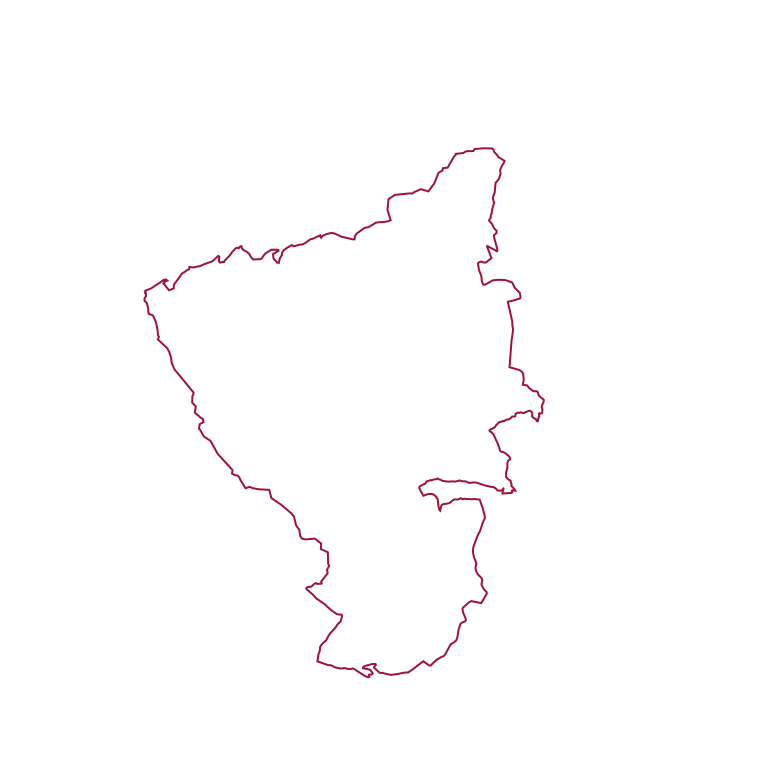 Hartiesti, Arges, Romania, rotated 45°
{"feature_id": "2599482B18059402589847", "entity_name": "Hartiesti", "entity_type": "district", "adm_level": 2, "iso_a3": "ROU", "parent_name": "Romania", "parent_adm1": "Arges", "projection": "albers", "projection_center": [25.135, 45.121], "detail": "fine", "context": "isolated", "style": "outline", "palette": "rose", "viewbox_px": 768, "rotation_deg": 45, "n_neighbors": 0, "source": "geoboundaries", "source_scale": "gbopen_adm2", "svg_char_len": 6165}
<svg xmlns="http://www.w3.org/2000/svg" viewBox="0 0 768 768"><g transform="rotate(45 384 384)"><path d="M616.1,550.2L616.1,542.4L617.4,537.1L618.7,533.8L618.4,531.7L615.2,520.9L616.2,517.0L616.3,514.0L615.3,511.7L610.2,504.6L607.7,499.6L607.8,497.7L609.3,494.2L608.4,492.5L601.5,489.6L598.5,487.6L598.0,486.7L598.5,478.2L599.2,475.8L607.7,470.2L605.0,459.6L603.7,458.6L599.7,458.5L595.3,457.2L594.4,456.5L592.2,453.2L590.7,452.3L584.4,452.2L581.2,451.1L578.8,449.4L575.8,445.3L569.4,442.5L565.2,439.5L562.9,436.7L561.4,433.9L557.3,424.9L555.8,419.9L552.0,412.4L550.2,407.7L549.2,406.5L541.2,401.8L533.4,398.1L529.7,401.0L527.0,404.0L524.4,406.1L523.7,407.1L522.4,407.8L520.7,410.1L519.0,410.4L517.8,413.5L515.3,416.0L514.8,418.2L514.5,421.8L512.5,425.0L510.8,427.1L510.4,429.3L513.2,433.9L512.3,433.9L509.2,432.1L503.2,427.3L501.5,427.3L500.6,426.7L497.4,427.1L495.6,427.8L492.8,431.0L490.9,435.2L482.7,432.8L481.8,432.0L481.8,430.6L482.4,428.1L483.7,425.3L483.0,422.7L484.0,421.2L484.8,419.1L485.5,418.8L486.7,416.3L488.3,414.4L488.6,413.0L489.8,412.9L491.3,411.9L494.1,411.0L498.6,407.5L501.2,404.5L503.4,402.6L505.7,398.7L508.3,397.3L510.4,395.3L512.0,394.5L513.9,394.0L516.2,391.1L519.0,388.4L526.6,384.6L532.0,381.3L534.1,379.6L536.8,378.9L539.6,379.0L541.6,377.4L542.5,375.6L542.4,373.6L542.7,373.7L544.5,377.0L545.2,377.7L550.6,371.5L551.3,370.2L550.0,369.2L549.9,368.5L552.3,366.6L550.3,366.1L546.1,366.0L544.9,364.5L543.3,364.0L541.8,362.8L539.7,363.5L536.2,363.5L532.9,360.2L530.8,356.4L527.2,352.7L525.9,350.5L526.4,348.1L525.8,347.3L523.3,346.7L519.6,347.0L516.5,347.7L514.8,349.0L513.5,349.1L512.4,348.8L510.2,347.3L505.7,345.4L497.0,342.2L494.7,342.1L491.9,342.6L491.3,342.1L491.4,340.8L492.1,339.5L492.9,336.2L492.5,334.2L492.3,330.0L493.5,328.0L494.1,326.4L495.2,325.2L495.6,323.0L497.2,320.9L497.7,318.7L497.6,316.4L499.4,314.6L499.6,313.9L498.2,312.0L498.9,309.4L500.0,308.9L501.1,306.9L503.1,306.3L505.3,300.7L506.3,299.6L508.7,299.4L509.6,299.9L511.3,301.9L512.3,302.4L516.8,301.5L518.0,302.2L518.9,301.9L519.0,301.3L517.4,299.3L517.0,297.5L514.6,295.5L514.6,294.7L515.7,294.1L516.4,293.0L515.9,292.2L514.0,289.9L511.8,288.9L510.2,286.1L509.8,284.4L508.3,282.2L501.7,282.8L498.4,281.0L497.2,281.1L494.6,283.6L489.5,284.2L486.3,283.8L482.7,286.3L479.6,281.9L474.8,278.2L472.5,277.8L469.2,278.7L460.9,283.4L443.5,263.1L436.9,254.3L432.7,251.3L430.3,249.0L413.4,238.3L416.7,233.1L419.7,227.2L418.6,225.5L415.4,223.5L408.5,223.5L402.9,221.6L396.5,224.6L391.7,228.9L387.8,233.4L385.2,242.2L384.0,243.6L380.6,242.2L376.5,238.8L370.5,236.2L365.0,232.2L365.5,229.7L366.4,228.6L369.0,227.3L370.1,226.0L371.0,219.0L359.6,213.9L359.5,213.4L367.8,210.8L369.6,210.6L370.1,210.1L369.8,209.4L368.2,208.2L357.7,202.2L356.6,201.0L356.8,197.6L355.4,196.1L351.9,196.0L346.9,194.4L342.6,194.1L341.7,190.7L340.1,188.9L339.4,187.1L337.6,185.0L333.7,178.1L329.6,175.7L327.9,172.9L327.0,170.5L320.7,162.9L320.2,157.4L317.6,152.7L315.6,151.4L314.3,149.6L313.0,146.0L312.5,143.2L311.5,141.0L304.5,142.6L301.6,142.1L298.0,142.0L295.7,140.9L294.2,140.8L287.7,146.9L282.0,153.8L282.5,156.1L278.0,160.7L277.1,162.6L276.8,164.5L272.2,170.3L272.6,170.4L272.7,173.8L276.0,186.0L273.1,189.7L274.4,191.9L273.2,196.0L277.7,206.6L279.2,216.4L272.3,220.2L269.4,227.6L269.6,229.0L267.5,230.9L257.9,242.7L256.5,250.1L263.3,258.4L272.9,263.5L271.5,266.6L269.7,269.1L265.9,273.3L264.2,275.7L262.2,283.9L259.9,287.2L258.4,296.2L258.8,299.9L260.9,302.5L259.9,303.6L250.0,309.8L242.9,312.4L241.1,313.5L239.8,314.7L237.2,318.9L235.7,323.0L236.1,325.0L235.0,325.0L233.7,324.1L230.9,331.7L229.6,333.8L228.6,340.2L227.7,342.8L226.0,344.9L222.7,350.5L220.6,350.9L219.2,355.9L218.5,360.5L219.1,363.1L220.6,365.0L221.6,369.1L224.0,372.6L222.7,373.7L217.2,373.4L213.8,370.8L213.5,370.0L214.4,368.7L214.4,367.1L215.3,364.6L214.8,364.0L213.0,364.9L212.2,366.1L211.0,366.9L210.6,367.8L209.4,368.6L207.8,375.6L208.2,379.3L208.7,381.1L208.5,382.9L203.4,388.5L200.1,388.3L196.6,387.3L193.5,387.5L189.7,388.7L187.6,388.5L185.7,387.4L185.0,388.6L185.3,390.9L183.9,391.4L183.2,392.7L183.2,397.4L184.1,402.4L184.1,409.6L184.7,410.8L182.9,412.7L182.5,414.0L181.2,414.2L178.9,412.3L177.8,410.6L176.7,410.4L176.2,410.7L175.9,418.5L172.4,425.8L170.5,430.9L169.2,432.5L167.0,436.2L163.7,438.8L165.0,440.6L164.0,443.5L164.0,445.0L163.1,448.2L163.1,450.1L163.7,452.2L165.2,462.3L167.7,465.2L165.8,469.7L156.9,468.8L157.3,467.5L156.2,467.0L157.7,464.1L155.8,464.3L154.4,466.6L154.1,469.3L151.7,481.3L149.6,485.7L149.3,487.3L150.0,487.3L150.7,488.6L151.6,488.3L152.1,489.1L153.5,489.9L154.3,493.1L156.1,494.5L158.8,494.4L164.0,497.4L166.0,499.4L168.0,500.8L172.0,498.9L179.0,501.5L186.1,506.3L189.6,509.3L191.5,509.8L192.6,512.4L205.5,512.0L209.4,513.2L215.1,516.1L218.8,519.2L225.5,521.8L255.3,524.7L256.5,526.1L257.0,527.9L261.4,532.7L266.8,533.0L270.4,538.0L278.5,537.4L280.5,536.8L283.3,538.6L282.1,542.7L284.7,546.4L285.8,546.3L293.9,548.5L301.5,546.9L315.8,551.0L337.9,552.0L339.8,554.8L343.0,553.9L345.3,552.2L347.4,552.3L351.4,553.7L359.8,555.6L361.6,551.9L365.3,550.2L370.0,546.9L377.7,540.0L385.1,544.3L396.6,542.1L410.4,541.0L414.2,541.4L421.7,546.1L427.2,547.0L432.5,550.9L435.5,551.2L438.4,549.4L444.3,542.3L452.4,541.2L456.1,545.4L463.3,542.7L471.5,550.5L473.9,551.5L475.0,555.6L477.9,557.5L479.3,568.2L480.3,568.5L481.0,569.3L478.2,572.5L476.7,572.9L476.1,574.3L475.8,578.9L473.9,581.0L473.3,582.3L473.7,583.6L474.5,583.9L482.8,583.2L487.8,583.5L497.6,581.7L506.6,581.3L513.2,580.1L514.7,579.3L517.1,577.1L517.9,577.2L518.5,577.8L521.2,582.6L521.1,587.1L521.9,590.2L522.2,597.8L522.7,600.8L524.5,606.6L524.1,608.4L524.2,612.5L524.7,615.0L527.2,617.9L528.8,621.4L533.0,627.2L543.5,622.2L545.1,620.5L550.0,618.8L554.5,615.9L557.3,612.4L560.0,611.1L560.6,610.1L562.0,609.3L562.8,607.4L563.8,606.8L577.3,603.9L580.2,602.5L580.7,601.5L579.0,600.3L579.1,599.8L580.7,598.1L580.8,596.8L580.1,596.3L576.0,596.0L570.1,599.8L569.6,599.3L569.7,597.7L570.4,596.0L574.0,589.8L576.1,588.0L577.0,588.5L576.9,590.9L577.6,591.5L584.2,591.4L585.4,591.1L587.0,589.6L594.5,584.9L599.0,579.1L602.0,574.3L605.1,570.7L605.9,566.5L607.8,552.3L614.8,551.1L616.1,550.2Z" fill="none" stroke="#9f1239" stroke-width="2"/></g></svg>